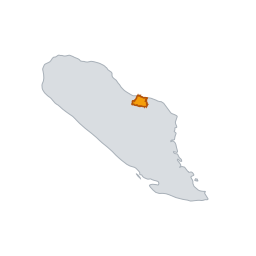 Antsalova, Melaky, Madagascar (highlighted), rotated 115°
{"feature_id": "10022922B48021466276127", "entity_name": "Antsalova", "entity_type": "district", "adm_level": 2, "iso_a3": "MDG", "parent_name": "Madagascar", "parent_adm1": "Melaky", "projection": "natural_earth1", "projection_center": [44.617, -18.816], "detail": "fine", "context": "in_parent", "style": "filled", "palette": "amber", "viewbox_px": 256, "rotation_deg": 115, "n_neighbors": 0, "source": "geoboundaries", "source_scale": "gbopen_adm2", "svg_char_len": 6042}
<svg xmlns="http://www.w3.org/2000/svg" viewBox="0 0 256 256"><g transform="rotate(115 128 128)"><path d="M162.7,30.8L163.2,32.4L163.9,33.9L166.1,37.6L167.0,39.0L167.8,40.5L168.2,43.5L169.5,48.2L170.8,55.2L171.1,62.4L171.5,65.7L172.5,68.8L174.1,72.0L174.6,75.6L173.6,79.3L172.1,82.8L171.7,83.5L171.0,84.3L170.7,84.3L169.6,83.4L168.6,81.9L167.4,78.5L167.0,76.7L166.5,76.4L165.1,76.6L164.0,77.7L163.8,78.4L164.0,80.3L164.4,82.1L164.6,83.9L164.6,86.1L165.0,86.8L165.5,87.4L166.1,88.8L166.2,92.3L165.8,94.1L164.8,95.6L164.9,96.5L165.2,97.3L164.9,97.8L163.5,98.5L163.0,99.1L162.3,100.6L161.1,103.8L160.9,105.4L161.6,110.3L161.4,113.8L159.9,120.4L159.0,123.6L157.8,127.4L155.9,132.3L154.0,138.6L152.4,145.0L151.2,148.9L149.9,152.7L148.1,159.4L146.5,166.3L144.3,173.8L141.1,182.2L140.8,183.3L140.1,187.5L139.4,191.3L138.6,194.9L136.8,201.0L136.6,202.9L136.2,204.7L134.5,208.5L133.8,209.9L133.3,211.5L133.0,213.4L132.5,215.2L131.3,218.6L129.4,221.5L128.2,222.6L125.5,224.1L124.2,224.4L121.2,224.5L118.3,225.4L115.3,227.0L112.4,229.0L111.3,229.9L110.0,230.4L106.2,230.5L105.1,230.1L101.2,226.9L99.7,226.4L96.9,226.0L96.1,225.7L95.3,225.3L94.2,223.6L91.9,222.2L91.4,221.8L91.0,220.8L90.8,219.8L90.2,218.6L89.8,216.4L89.0,214.8L86.9,212.1L86.7,211.2L86.5,208.3L86.6,206.3L86.4,202.7L86.6,201.0L87.3,199.5L87.0,197.8L86.3,196.1L86.0,194.3L85.4,192.6L83.2,189.7L82.7,188.2L82.3,186.7L81.5,182.0L81.4,180.4L81.5,176.9L81.8,175.1L82.3,173.9L82.4,173.0L82.8,172.2L83.3,171.5L83.7,170.8L84.5,166.4L85.5,165.4L87.0,164.8L88.3,163.7L89.0,162.1L89.7,158.9L91.6,155.7L92.3,154.0L93.9,151.5L95.3,147.9L95.7,146.3L96.0,144.5L96.4,140.8L96.6,138.9L96.6,137.0L95.8,135.1L93.9,131.7L93.8,131.0L94.0,128.4L93.8,126.6L93.1,124.7L92.2,123.0L91.3,119.7L90.9,114.3L91.0,112.4L90.7,110.6L90.1,109.0L90.5,106.1L96.2,95.6L96.4,94.4L96.2,91.2L96.3,89.3L96.5,88.6L96.9,88.2L97.9,88.1L102.5,87.6L103.1,87.3L104.3,86.4L105.8,84.7L106.6,84.2L107.2,84.4L107.6,85.1L108.1,85.5L110.0,84.7L110.7,84.7L111.4,84.8L111.8,84.1L112.0,83.2L112.2,82.5L112.7,82.1L115.2,81.9L116.7,81.6L118.7,81.0L119.1,81.1L120.7,83.5L121.2,83.7L121.8,83.8L122.3,83.4L121.0,82.1L120.8,81.4L120.9,80.6L121.6,78.9L122.8,77.6L125.4,75.6L128.1,73.3L128.8,73.1L129.5,73.5L130.0,76.2L129.9,76.6L130.4,76.7L130.9,76.4L131.3,75.3L131.3,74.3L131.0,73.5L130.8,72.7L130.8,72.0L132.1,70.4L133.2,68.9L133.7,67.1L134.2,66.2L135.3,65.3L135.6,65.4L135.9,66.2L136.0,67.0L135.7,67.8L135.3,68.6L135.1,69.7L135.8,69.9L136.4,69.6L137.3,67.7L138.3,65.9L138.9,64.9L139.6,64.3L140.9,64.4L142.1,64.8L140.1,62.9L139.6,60.2L142.0,55.6L142.0,54.7L142.4,54.4L142.5,54.0L141.3,52.4L141.1,51.7L141.3,50.5L141.9,49.5L142.4,48.7L143.1,48.5L143.7,48.9L145.0,50.1L145.9,50.3L147.0,49.1L147.9,47.6L149.2,46.5L150.7,45.9L153.0,43.5L154.5,38.4L154.6,37.0L154.3,35.2L153.8,33.5L152.9,31.4L153.1,30.9L154.4,31.2L154.8,30.9L156.1,29.0L158.4,25.5L159.1,25.5L159.7,26.1L160.0,27.1L160.4,27.8L161.9,29.5L162.7,30.8ZM147.1,44.9L147.1,45.5L145.4,45.3L145.1,43.4L146.0,43.3L146.1,42.5L146.6,42.4L147.2,44.1L147.1,44.9ZM167.4,98.7L165.9,101.4L166.4,99.1L168.1,95.8L168.5,95.5L167.4,98.7Z" fill="#d9dde1" stroke="#a8b0b8" stroke-width="1"/><path d="M101.1,120.9L100.9,120.7L100.7,120.5L100.6,120.3L100.7,120.2L100.3,120.2L100.1,120.4L99.7,120.3L99.5,120.2L99.3,120.2L99.1,120.2L99.2,120.3L99.3,120.3L99.2,120.4L99.3,120.5L99.2,120.6L98.9,120.4L98.9,120.5L98.6,120.7L98.4,120.6L98.1,120.8L98.0,120.7L97.9,120.9L98.0,121.0L97.9,121.2L97.8,121.4L97.9,121.5L97.7,121.6L97.4,121.6L97.2,121.6L96.9,121.6L96.7,121.7L96.7,121.9L96.7,122.0L96.5,122.7L96.5,122.8L96.4,123.2L96.2,123.0L96.2,122.9L96.1,123.0L96.1,122.9L95.8,123.0L95.7,123.0L95.5,122.9L95.4,123.0L95.2,123.0L95.1,123.3L95.1,123.5L94.9,123.8L94.6,123.9L94.5,123.7L94.3,123.7L94.2,123.5L94.1,123.4L93.9,123.3L93.7,123.3L93.4,123.3L93.4,123.2L93.2,123.2L92.9,123.2L92.9,123.3L92.7,123.4L92.6,123.5L92.9,124.1L92.9,124.3L93.1,125.0L93.3,125.4L93.4,125.7L93.5,125.8L93.6,125.7L93.7,125.8L93.8,126.0L94.1,126.2L94.2,126.3L94.2,126.5L94.2,126.4L93.8,126.3L93.7,126.2L93.6,125.9L93.6,126.1L93.7,126.4L94.0,127.2L94.1,127.4L94.1,127.7L94.1,128.4L94.1,128.5L93.9,128.5L94.0,128.9L94.1,129.0L93.9,129.1L93.9,129.4L94.0,129.7L94.0,129.8L94.3,130.1L94.2,130.0L93.9,130.3L94.0,130.2L93.9,130.0L93.9,129.9L93.9,129.7L93.8,129.8L93.9,130.4L93.8,130.7L93.9,130.9L93.8,131.1L93.8,131.3L93.8,131.5L93.8,131.4L93.9,131.5L94.0,131.5L94.1,131.4L94.1,131.5L93.9,131.6L93.7,131.5L93.9,131.9L94.0,131.9L94.2,132.0L94.1,131.9L94.0,132.0L94.2,132.3L94.3,132.6L94.2,132.7L94.3,132.7L94.3,132.4L94.4,132.2L94.5,132.2L94.5,132.3L94.4,132.4L94.3,132.5L94.4,132.8L94.5,133.0L94.8,133.0L95.0,133.1L95.3,133.1L95.5,133.1L95.8,133.2L96.0,133.2L96.5,133.0L96.9,133.1L97.0,133.1L97.3,133.1L97.4,132.9L97.5,132.9L97.6,133.0L97.8,133.1L98.3,133.1L98.6,133.1L98.8,133.1L99.1,133.3L99.5,133.5L99.8,133.5L100.1,133.4L100.3,133.4L100.2,133.5L100.2,133.8L100.5,133.9L100.8,134.0L100.8,134.3L101.0,134.5L101.2,134.8L101.3,134.8L101.4,135.2L101.5,135.2L101.6,135.3L101.8,135.3L102.0,135.3L102.2,135.2L102.3,134.8L102.5,134.8L102.6,134.7L103.0,134.6L103.3,134.6L103.6,134.6L103.9,134.6L104.0,134.6L104.2,134.3L104.3,134.4L104.3,134.5L104.5,134.4L104.6,134.5L104.8,134.4L105.0,134.3L105.0,134.2L105.0,133.9L104.8,133.7L104.7,133.4L104.4,133.4L104.1,133.2L104.1,132.9L104.0,132.6L104.0,132.4L104.3,132.2L104.5,131.9L104.5,131.7L104.4,131.4L104.2,131.1L104.2,130.7L104.2,130.4L104.1,130.2L103.9,129.7L103.7,129.7L103.7,129.8L103.4,129.8L103.4,129.6L103.3,129.1L103.4,128.9L103.6,128.8L103.7,128.7L103.8,128.5L103.8,128.4L103.8,128.1L103.8,127.9L103.7,127.6L103.5,127.4L103.4,127.2L103.5,127.0L103.4,126.9L103.2,126.9L103.2,127.0L102.9,126.6L103.0,126.5L103.1,126.4L103.2,126.2L103.3,126.1L103.2,126.0L103.1,125.9L103.1,126.0L103.0,125.9L102.9,125.8L102.8,125.7L102.7,125.6L102.6,125.4L102.6,125.2L102.4,125.1L102.4,124.6L102.4,124.4L102.3,124.2L102.3,123.8L102.2,123.6L102.1,123.2L101.8,122.4L101.7,122.2L101.8,122.1L101.7,122.1L101.6,121.9L101.4,121.5L101.3,121.4L101.2,121.1L101.1,120.9Z" fill="#f59e0b" stroke="#b45309" stroke-width="1.5"/></g></svg>